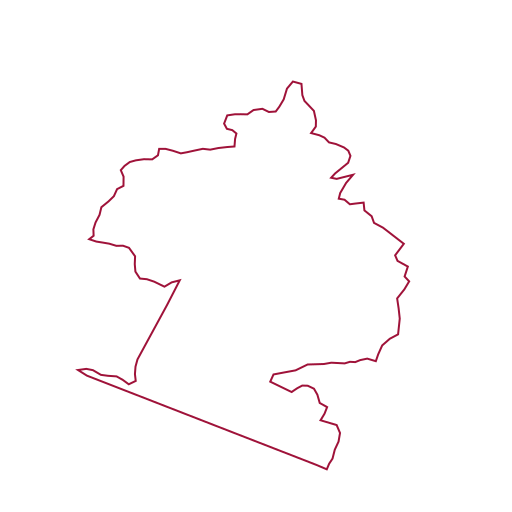 outline of Alto Rio Novo, Espírito Santo, Brazil, rotated 203°
{"feature_id": "56859067B59978415419512", "entity_name": "Alto Rio Novo", "entity_type": "district", "adm_level": 2, "iso_a3": "BRA", "parent_name": "Brazil", "parent_adm1": "Espírito Santo", "projection": "mercator", "projection_center": [-40.981, -19.032], "detail": "fine", "context": "isolated", "style": "outline", "palette": "rose", "viewbox_px": 512, "rotation_deg": 203, "n_neighbors": 0, "source": "geoboundaries", "source_scale": "gbopen_adm2", "svg_char_len": 1973}
<svg xmlns="http://www.w3.org/2000/svg" viewBox="0 0 512 512"><g transform="rotate(203 256 256)"><path d="M112.1,305.6L123.8,306.8L128.2,311.0L124.7,325.0L150.2,331.7L160.3,332.6L165.1,337.8L174.0,340.3L177.8,347.2L185.2,343.0L189.8,340.3L196.5,342.4L202.2,341.1L203.1,346.9L201.6,358.5L198.4,368.7L211.9,358.5L217.4,357.4L215.4,363.0L207.6,377.8L208.2,385.1L212.2,389.0L217.4,390.3L226.2,390.3L233.2,389.1L239.2,391.7L244.9,391.9L253.3,390.7L251.5,398.5L253.8,404.3L259.4,412.2L272.0,417.7L276.2,422.2L281.4,432.2L290.2,431.0L292.9,422.2L291.7,411.0L292.9,402.4L294.3,396.7L300.4,393.6L307.6,394.0L315.3,389.4L319.3,383.0L325.3,380.6L331.0,378.1L337.4,374.2L337.1,365.4L332.5,361.7L327.0,362.6L321.9,361.1L321.0,355.6L318.6,348.4L325.0,345.1L332.8,340.7L339.7,336.0L346.8,333.9L353.4,329.3L360.0,324.6L365.3,321.1L373.6,320.4L381.0,319.3L387.0,316.8L385.6,310.4L389.3,304.4L397.0,301.3L404.0,297.1L408.9,293.2L412.2,287.6L414.0,282.2L408.9,277.3L405.4,268.8L410.0,263.3L410.2,255.5L413.1,248.6L417.4,240.5L416.1,232.7L416.8,224.2L416.1,217.0L413.4,211.2L416.1,206.3L408.6,206.9L402.2,208.5L395.9,210.0L388.5,210.8L382.5,213.5L376.1,213.9L367.2,208.5L364.4,201.1L360.9,194.5L354.0,189.9L347.4,192.0L339.7,192.6L328.3,192.0L323.3,198.8L316.7,203.8L318.7,176.5L324.7,114.5L323.7,107.1L321.3,100.0L317.9,94.0L323.0,88.2L330.2,89.9L337.3,90.7L345.4,87.9L352.3,86.0L361.5,87.2L368.1,85.8L375.3,81.5L364.9,79.8L226.2,84.0L118.7,87.3L107.5,87.3L107.5,93.4L106.4,99.4L107.8,108.5L107.5,117.4L109.5,125.9L115.7,131.9L132.4,130.0L131.3,137.6L131.5,144.7L139.9,145.6L145.3,152.3L150.8,156.5L157.7,156.8L162.8,154.8L166.3,150.5L170.1,144.7L193.8,145.9L193.6,153.8L184.6,159.8L174.9,166.2L166.1,176.3L151.3,183.1L145.0,187.2L132.4,191.8L128.2,195.3L123.2,197.1L119.4,200.9L113.5,205.0L104.6,206.0L105.1,213.3L104.9,223.0L100.5,232.1L94.6,239.4L99.2,254.5L104.3,263.6L109.5,272.1L106.4,283.3L105.1,292.5L111.2,295.2L112.1,305.6Z" fill="none" stroke="#9f1239" stroke-width="2"/></g></svg>